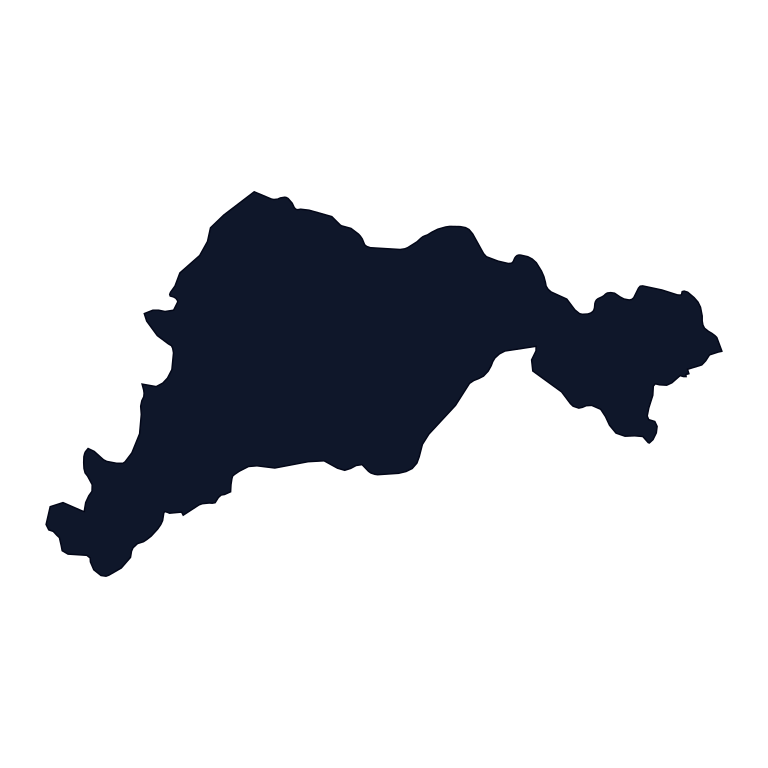 SVG path tracing the border of El Paraíso
{"feature_id": "HND-662", "entity_name": "El Paraíso", "entity_type": "Department", "adm_level": 1, "iso_a3": "HND", "parent_name": "Honduras", "parent_adm1": "", "projection": "orthographic", "projection_center": [-86.385, 13.965], "detail": "fine", "context": "isolated", "style": "filled", "palette": "ink", "viewbox_px": 768, "rotation_deg": 0, "n_neighbors": 0, "source": "natural_earth", "source_scale": "10m", "svg_char_len": 3642}
<svg xmlns="http://www.w3.org/2000/svg" viewBox="0 0 768 768"><path d="M721.9,351.3L718.4,352.0L709.5,354.9L705.7,360.8L701.8,364.9L687.5,369.3L688.9,373.7L687.6,374.1L686.5,374.1L685.9,374.6L686.1,376.6L683.6,376.6L680.1,375.6L671.9,382.8L666.7,385.2L659.5,384.8L655.3,383.8L653.3,386.1L652.8,395.3L648.8,407.9L647.2,416.0L648.7,419.6L654.8,421.5L657.1,426.4L656.3,432.9L653.0,439.6L650.2,442.2L649.3,443.0L649.0,442.9L648.2,442.6L642.8,436.5L634.5,435.8L625.0,436.2L616.0,433.1L609.5,425.2L605.5,416.6L600.7,409.3L591.8,405.4L586.2,405.7L582.5,407.3L578.8,408.1L573.1,406.2L570.4,403.6L561.6,391.9L532.8,371.0L531.6,359.9L536.0,350.9L536.1,346.3L505.0,351.0L499.4,353.9L494.9,358.0L492.7,361.7L491.2,365.7L488.2,371.1L483.5,376.1L478.6,378.6L473.8,380.5L469.5,383.4L455.5,405.4L428.9,434.1L422.4,444.4L419.2,456.8L416.9,463.1L412.2,468.5L406.1,471.5L398.6,473.3L377.6,474.7L374.8,474.3L370.9,473.0L368.5,471.3L362.1,464.6L356.1,465.5L350.7,468.4L344.7,470.3L337.5,468.2L324.1,460.8L308.0,461.7L274.8,468.0L257.0,465.8L248.5,466.5L239.3,471.2L234.6,474.4L232.6,476.1L231.9,478.7L231.0,484.5L230.6,491.8L230.3,491.9L224.5,494.5L221.2,495.0L218.4,497.5L215.1,502.7L212.3,503.2L209.2,503.0L202.3,503.7L199.0,504.9L183.2,515.2L181.6,512.1L169.5,513.2L167.5,512.3L164.7,511.5L163.8,512.9L162.6,520.6L160.8,524.5L157.7,529.0L151.2,536.1L146.7,539.6L143.5,541.7L137.5,543.6L133.0,547.8L131.5,551.2L130.5,557.4L121.3,568.0L108.8,575.2L106.0,576.2L101.0,575.5L93.8,569.8L90.4,561.9L90.2,558.0L86.8,555.3L68.0,554.1L62.2,550.7L61.2,545.5L59.4,537.6L56.9,535.3L53.3,531.4L48.8,529.9L46.1,524.5L50.2,506.7L63.0,502.6L82.5,511.1L84.4,511.5L84.5,509.7L85.7,502.5L88.8,495.8L92.0,491.3L92.2,484.7L87.6,476.1L85.1,472.9L84.0,468.5L83.7,462.6L83.9,456.6L84.7,453.4L85.4,451.8L88.1,448.5L94.2,451.4L103.4,459.7L106.7,461.4L116.7,463.3L123.0,463.3L125.1,461.8L131.9,452.8L139.6,433.8L141.3,414.5L140.7,406.2L141.8,400.8L143.8,396.7L144.1,393.2L143.7,390.1L142.1,384.1L156.2,386.6L162.8,383.1L167.5,378.1L171.9,369.6L173.5,352.9L172.7,348.3L171.5,345.7L168.4,343.9L157.3,335.6L146.7,321.1L144.3,313.6L152.9,310.2L158.6,310.2L165.0,311.5L173.6,310.2L177.8,301.8L177.3,300.2L175.8,298.2L173.5,296.9L170.2,296.0L169.7,294.4L170.5,292.3L175.0,286.0L179.9,272.9L199.7,255.5L207.5,241.5L210.5,227.8L223.8,215.0L254.2,191.8L271.6,199.1L273.9,199.5L277.9,199.1L279.2,198.4L280.5,197.9L284.8,197.2L286.3,197.5L288.1,198.5L292.2,203.2L294.2,207.5L295.7,209.2L297.6,209.7L300.6,209.2L309.1,210.2L331.8,216.6L340.1,224.9L341.5,225.8L351.0,228.4L358.5,234.1L360.4,236.2L362.3,239.0L364.6,244.7L366.6,246.4L370.3,247.7L400.2,249.5L404.9,248.8L407.8,247.6L417.0,241.8L420.9,238.2L422.9,236.7L425.2,235.7L427.5,234.9L431.8,232.2L437.8,229.2L445.6,227.0L449.7,226.4L460.2,226.6L465.5,227.6L469.0,229.5L472.7,233.9L483.6,253.6L486.4,256.7L498.0,261.1L508.3,263.5L511.6,263.2L513.2,261.6L514.7,258.1L515.7,256.7L517.1,255.5L518.9,255.0L520.7,255.1L527.8,256.7L532.2,259.0L536.3,262.7L541.5,271.1L543.9,276.6L545.4,282.3L546.1,286.1L548.1,289.3L551.2,292.0L566.8,299.1L574.9,309.9L579.6,313.7L582.4,314.3L587.9,314.0L590.8,313.0L593.0,311.4L594.0,309.6L594.5,307.7L594.9,303.4L595.5,301.5L596.5,299.9L598.0,298.7L602.1,296.8L604.0,295.6L605.5,294.1L607.3,293.0L610.7,292.6L614.6,293.2L620.0,296.9L624.0,299.0L629.3,300.0L631.8,299.4L633.7,297.8L638.5,288.1L640.2,286.2L642.7,285.9L662.0,290.0L677.4,294.9L680.2,295.1L681.5,294.7L682.2,291.6L684.2,291.1L687.7,292.2L694.1,297.6L698.0,302.1L700.5,307.2L702.2,316.0L702.2,320.9L702.9,325.0L704.5,328.2L708.5,331.4L711.8,333.3L715.0,335.7L716.8,337.5L721.9,351.2L721.9,351.3Z" fill="#0f172a" stroke="#020617" stroke-width="1.5"/></svg>